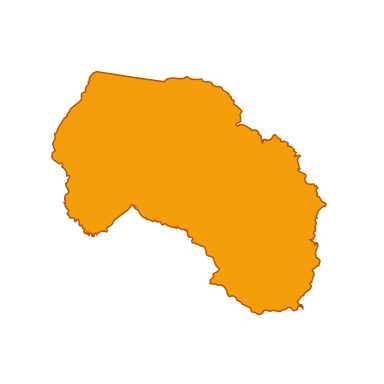 SVG path tracing the border of Free State, rotated 75°
{"feature_id": "ZAF-1206", "entity_name": "Free State", "entity_type": "Province", "adm_level": 1, "iso_a3": "ZAF", "parent_name": "South Africa", "parent_adm1": "", "projection": "natural_earth1", "projection_center": [27.438, -28.674], "detail": "fine", "context": "isolated", "style": "filled", "palette": "amber", "viewbox_px": 384, "rotation_deg": 75, "n_neighbors": 0, "source": "natural_earth", "source_scale": "10m", "svg_char_len": 5984}
<svg xmlns="http://www.w3.org/2000/svg" viewBox="0 0 384 384"><g transform="rotate(75 192 192)"><path d="M285.1,198.3L284.4,197.7L281.9,197.1L281.4,196.7L279.9,193.7L279.2,193.0L276.9,192.9L276.3,192.1L276.0,189.5L275.2,187.2L273.5,185.5L272.7,185.6L269.8,187.8L261.5,188.6L260.4,189.0L259.4,190.1L258.0,192.7L257.0,193.7L256.0,194.1L253.6,194.1L252.5,193.6L249.1,194.0L248.6,193.8L245.8,198.1L243.5,200.7L241.5,203.5L241.2,204.9L239.4,205.0L238.8,204.7L237.7,203.5L236.7,203.3L235.9,203.8L234.7,206.6L233.3,207.2L227.4,206.8L227.8,207.9L226.0,209.2L225.9,210.5L225.6,212.0L224.9,212.0L223.3,214.2L221.8,214.8L223.1,216.7L222.1,217.1L221.7,216.7L221.4,217.1L221.6,218.6L220.4,221.0L217.5,224.9L216.0,225.6L215.7,226.2L216.1,229.0L215.6,229.5L213.0,230.3L212.2,230.9L211.8,233.5L211.3,234.2L209.8,235.0L209.7,235.5L210.4,236.7L210.3,237.5L207.6,240.7L207.0,241.7L206.8,242.8L206.5,243.1L205.3,243.0L205.0,243.2L204.3,245.2L202.3,246.6L198.3,248.2L196.8,248.4L195.3,249.0L193.1,251.3L192.7,251.1L192.4,250.3L191.9,250.4L190.9,252.1L190.4,251.4L189.8,251.4L189.4,252.0L189.4,253.0L188.8,254.5L191.3,256.4L192.8,258.9L199.0,274.2L200.0,275.4L202.5,277.6L203.2,278.9L203.9,281.9L204.9,283.8L205.4,284.0L207.2,283.9L208.4,284.5L208.4,285.1L207.6,286.0L206.5,288.9L206.6,290.8L207.7,294.1L207.6,295.1L208.2,295.2L206.8,295.7L207.9,298.3L208.9,297.8L209.6,298.7L208.8,299.9L206.6,299.8L205.5,300.2L205.4,301.3L207.2,302.8L206.0,303.5L204.0,302.6L203.5,303.2L203.7,303.8L205.1,304.6L204.1,306.3L203.0,306.6L201.8,306.5L201.3,305.8L200.8,305.6L200.4,306.1L199.5,306.1L198.4,307.1L196.3,306.9L195.5,307.1L195.8,308.6L194.8,309.5L191.7,308.6L189.3,309.1L188.7,309.4L189.1,310.2L190.1,311.3L190.5,312.5L190.0,312.7L188.0,312.5L187.0,312.9L186.0,313.7L185.6,314.8L185.9,316.0L185.4,316.6L182.4,317.0L181.7,318.0L181.1,318.2L180.2,317.8L178.8,316.1L177.4,316.0L175.9,317.1L174.3,317.3L173.4,318.1L172.4,318.0L171.7,317.6L169.5,318.3L170.0,317.3L169.0,316.9L165.5,316.8L162.5,315.2L161.9,314.7L161.5,312.5L159.9,310.8L153.2,312.2L151.6,312.0L150.8,311.0L150.5,309.7L147.7,308.6L146.0,306.4L144.6,306.1L144.3,306.6L144.3,307.7L144.1,308.7L142.7,308.6L140.2,307.9L136.4,309.2L133.9,311.2L132.3,309.8L131.5,309.7L130.4,310.6L130.6,312.3L130.0,313.2L125.6,317.0L122.9,318.4L121.5,318.2L119.9,317.3L118.0,316.7L117.6,316.2L117.3,314.4L117.0,313.7L115.4,313.5L109.6,314.2L107.7,312.8L105.9,311.0L104.1,309.9L100.4,309.7L99.9,308.9L99.6,307.7L98.7,306.8L96.7,305.6L95.0,304.2L92.2,300.7L87.6,296.3L86.8,293.4L84.4,292.1L83.6,291.3L82.5,289.1L81.5,288.9L80.5,288.2L75.3,276.9L74.1,274.8L69.3,273.6L68.1,272.4L67.5,269.0L66.9,268.5L64.7,268.1L63.2,267.1L60.8,264.0L60.4,263.7L58.7,263.8L57.9,262.0L56.3,262.0L55.5,261.6L54.5,260.7L52.2,257.5L51.7,256.5L51.3,254.1L50.9,253.4L67.0,216.9L78.2,190.5L78.3,189.8L77.5,189.1L76.8,188.0L76.4,186.3L76.6,182.3L77.6,178.9L79.0,176.0L80.1,171.5L80.2,169.6L79.3,168.3L79.1,167.6L79.4,166.8L80.6,165.9L82.0,164.4L83.6,161.4L85.0,156.8L85.2,153.9L85.7,153.1L87.3,153.2L88.0,152.6L89.8,149.4L89.6,148.2L91.2,145.1L92.3,144.7L93.5,144.7L94.3,143.6L95.3,142.9L97.2,139.9L96.9,138.4L97.6,138.0L98.5,136.7L99.0,136.2L100.8,136.0L101.8,135.6L106.3,131.3L109.7,130.4L110.5,129.5L111.6,130.0L112.2,129.8L113.7,128.9L114.6,127.8L118.1,128.9L120.5,126.6L125.9,123.2L127.1,123.1L127.6,123.4L129.0,125.1L129.9,125.7L132.1,125.7L136.2,126.7L136.5,127.1L137.5,131.4L138.1,131.9L139.4,131.7L139.9,131.4L140.1,130.8L139.3,128.7L139.2,128.0L140.6,125.2L141.7,123.5L146.4,118.8L147.8,118.3L148.2,117.8L148.2,116.4L148.5,114.7L149.4,113.4L150.7,112.6L152.1,112.3L153.3,113.1L154.1,111.7L155.3,111.0L156.7,111.0L157.7,111.3L162.9,111.4L163.2,111.2L162.6,110.4L160.2,109.8L159.9,108.8L160.2,107.6L160.8,106.5L161.7,106.2L161.7,102.6L160.8,101.2L158.9,99.5L157.8,97.7L158.8,96.3L161.9,95.3L164.1,92.8L164.7,92.8L166.0,93.3L166.7,92.6L166.7,89.8L169.2,86.8L170.0,86.6L172.6,87.7L173.1,85.6L174.8,83.8L176.9,82.8L177.7,82.1L179.0,83.0L180.0,81.8L181.1,81.1L184.2,83.8L184.0,79.7L184.2,78.7L185.0,78.1L185.7,78.8L186.7,80.8L188.5,81.8L190.8,82.1L195.9,82.0L197.3,81.6L197.8,81.8L197.4,83.6L197.9,84.1L199.1,83.6L201.1,81.9L203.3,79.1L204.5,77.9L206.0,77.7L206.7,78.0L208.4,79.8L209.1,80.0L213.0,79.0L213.6,78.7L215.2,76.0L215.6,72.8L216.3,72.1L218.6,71.7L218.2,70.4L218.9,70.1L219.9,70.1L220.7,69.4L222.1,71.7L226.6,71.3L227.6,72.5L228.2,72.6L228.7,72.3L228.9,70.9L231.0,69.9L234.6,69.2L236.8,66.5L238.6,65.6L239.1,65.9L240.5,67.5L239.7,68.5L240.2,70.0L243.0,75.1L245.5,76.5L247.9,78.8L249.0,77.8L249.6,77.8L250.0,79.4L251.1,80.6L254.0,79.9L257.6,82.2L261.4,82.6L261.7,82.9L262.2,84.6L262.9,85.5L263.6,85.6L264.4,84.7L265.1,84.3L266.1,84.5L267.5,86.1L267.8,86.8L269.2,87.5L269.4,88.0L268.6,90.3L269.2,90.0L272.3,87.3L275.0,87.0L274.9,86.4L274.0,85.5L273.5,85.2L273.1,85.3L273.2,84.7L274.7,83.8L277.1,84.8L281.1,87.7L282.5,88.2L283.6,89.1L285.2,88.5L286.3,89.4L286.8,89.4L288.3,87.7L289.7,87.1L290.7,86.3L292.4,86.4L294.7,88.1L295.9,88.5L296.0,91.1L296.9,92.3L298.1,95.2L298.7,96.1L299.4,96.3L300.3,95.5L300.9,95.3L303.9,95.6L306.0,97.5L307.6,98.2L308.5,99.1L310.3,99.7L310.2,101.1L310.6,101.7L311.4,101.7L313.0,101.1L313.7,101.2L315.9,102.5L316.7,103.7L317.1,105.8L318.0,106.8L318.1,108.2L319.7,110.1L321.0,111.1L320.8,112.4L321.0,113.0L325.4,118.7L326.1,118.7L327.6,117.7L328.8,117.6L329.1,115.8L329.9,115.0L331.8,114.8L333.0,115.1L330.5,116.4L330.3,117.0L330.2,119.5L332.5,120.5L332.9,121.7L333.1,124.0L332.7,124.7L329.5,126.6L328.3,128.3L328.4,129.4L329.4,131.0L329.5,131.7L329.3,135.5L329.5,136.2L330.1,136.8L330.3,137.7L329.6,139.1L328.7,141.6L327.4,143.9L327.3,147.6L326.1,149.6L325.2,152.0L325.1,152.6L325.4,153.6L327.1,155.3L327.5,156.2L327.8,157.2L327.5,159.2L327.1,159.9L325.0,161.9L323.3,165.3L319.6,165.7L318.3,166.2L313.7,172.1L310.4,173.7L308.4,176.4L305.7,176.9L304.5,177.5L303.4,178.7L302.6,180.2L302.9,182.3L302.3,183.3L299.8,184.2L297.5,183.8L294.7,184.4L291.1,185.8L289.1,188.3L288.8,191.0L287.1,193.0L285.1,198.3Z" fill="#f59e0b" stroke="#b45309" stroke-width="1.5"/></g></svg>